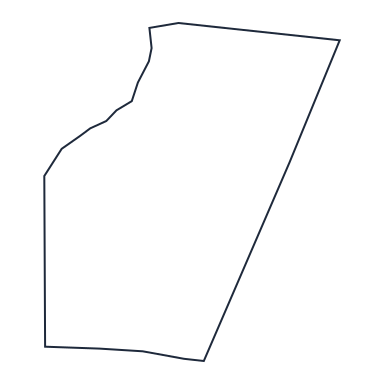 outline of Passagem, Rio Grande do Norte, Brazil
{"feature_id": "56859067B23465886622535", "entity_name": "Passagem", "entity_type": "district", "adm_level": 2, "iso_a3": "BRA", "parent_name": "Brazil", "parent_adm1": "Rio Grande do Norte", "projection": "orthographic", "projection_center": [-35.404, -6.284], "detail": "fine", "context": "isolated", "style": "outline", "palette": "slate", "viewbox_px": 384, "rotation_deg": 0, "n_neighbors": 0, "source": "geoboundaries", "source_scale": "gbopen_adm2", "svg_char_len": 354}
<svg xmlns="http://www.w3.org/2000/svg" viewBox="0 0 384 384"><path d="M61.7,148.8L44.3,176.0L45.1,346.7L99.4,348.6L142.7,351.3L184.0,358.8L203.8,361.0L289.7,162.0L339.7,40.3L178.3,23.0L149.4,27.9L151.6,48.1L148.9,61.3L137.9,82.5L131.8,101.1L116.5,110.3L106.3,121.0L90.3,128.3L80.1,135.9L61.7,148.8Z" fill="none" stroke="#1e293b" stroke-width="2"/></svg>